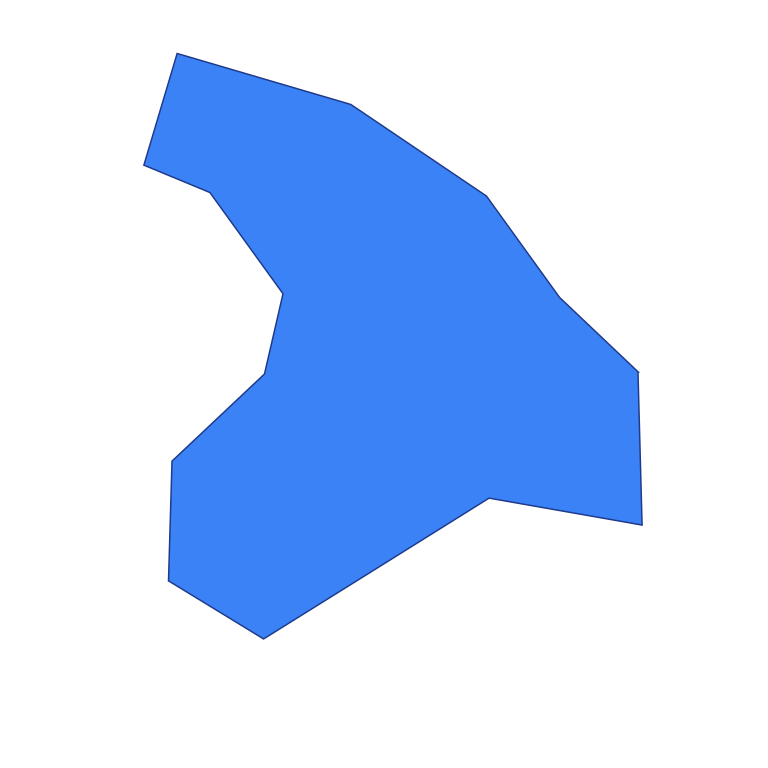 the district of Burlöv, Skåne, Sweden, rotated 193°
{"feature_id": "70781695B8533917899851", "entity_name": "Burlöv", "entity_type": "district", "adm_level": 2, "iso_a3": "SWE", "parent_name": "Sweden", "parent_adm1": "Skåne", "projection": "mercator", "projection_center": [13.132, 55.659], "detail": "fine", "context": "isolated", "style": "filled", "palette": "blue", "viewbox_px": 768, "rotation_deg": 193, "n_neighbors": 0, "source": "geoboundaries", "source_scale": "gbopen_adm2", "svg_char_len": 387}
<svg xmlns="http://www.w3.org/2000/svg" viewBox="0 0 768 768"><g transform="rotate(193 384 384)"><path d="M659.9,659.5L667.2,543.2L596.7,531.4L502.7,449.2L502.7,366.9L573.2,261.2L549.7,143.7L493.8,125.1L444.0,108.5L361.7,190.7L256.0,296.4L100.8,304.6L139.2,452.7L138.9,452.8L232.5,507.9L326.5,590.2L479.2,648.9L659.9,659.5Z" fill="#3b82f6" stroke="#1e3a8a" stroke-width="1.5"/></g></svg>